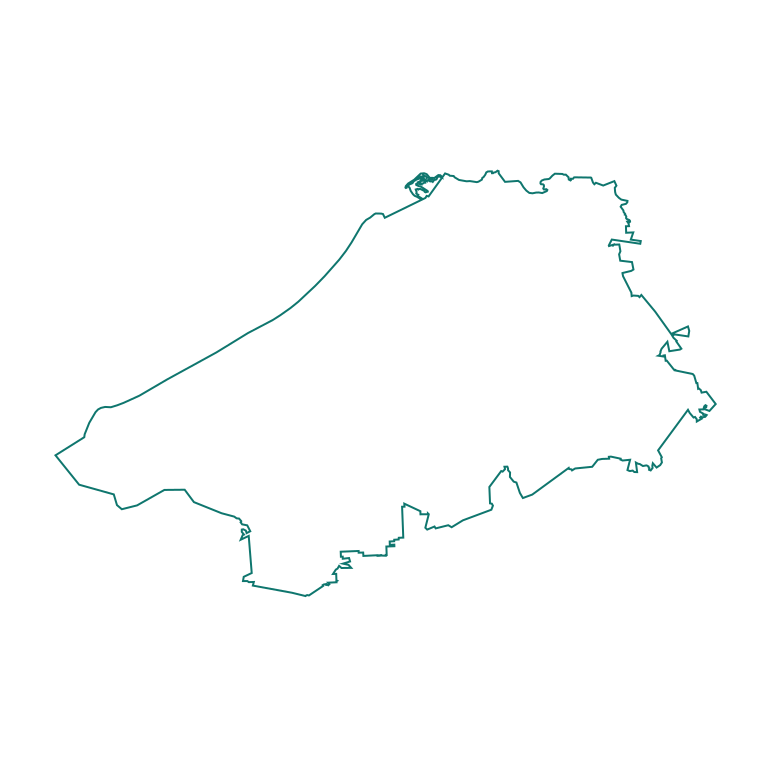 the district of Angostura, Sinaloa, Mexico, rotated 88°
{"feature_id": "50627088B44837755081847", "entity_name": "Angostura", "entity_type": "district", "adm_level": 2, "iso_a3": "MEX", "parent_name": "Mexico", "parent_adm1": "Sinaloa", "projection": "robinson", "projection_center": [-108.177, 25.118], "detail": "fine", "context": "isolated", "style": "outline", "palette": "teal", "viewbox_px": 768, "rotation_deg": 88, "n_neighbors": 0, "source": "geoboundaries", "source_scale": "gbopen_adm2", "svg_char_len": 6114}
<svg xmlns="http://www.w3.org/2000/svg" viewBox="0 0 768 768"><g transform="rotate(88 384 384)"><path d="M530.1,337.4L527.4,324.7L529.5,321.4L523.0,309.9L513.4,281.1L509.4,279.4L507.4,280.4L507.0,282.2L490.6,282.3L475.1,269.9L475.7,268.5L473.3,266.0L470.9,266.5L470.9,263.6L472.7,263.0L474.5,263.0L476.8,261.1L481.3,261.4L486.1,257.8L487.1,255.1L497.6,252.0L502.8,249.2L499.7,239.7L474.3,202.3L475.4,202.0L475.9,199.6L476.9,199.1L475.1,195.9L474.0,178.8L467.2,173.0L466.5,168.6L466.5,161.6L464.6,161.8L464.5,159.7L466.9,150.1L467.8,150.3L468.8,148.2L468.3,140.7L478.5,143.7L479.3,142.1L479.6,141.2L479.2,138.5L480.7,136.9L480.9,134.1L471.3,135.0L472.6,132.8L472.9,131.2L475.0,128.1L474.5,124.7L474.8,123.8L475.7,122.5L476.9,122.4L477.4,121.7L479.0,122.1L479.7,120.5L477.3,118.5L475.1,118.7L472.6,118.1L477.0,114.5L474.7,110.8L472.1,109.0L467.9,109.6L466.9,108.9L459.9,112.4L420.4,81.1L423.6,79.5L428.3,75.8L427.8,74.3L430.1,72.7L432.4,72.7L429.8,67.8L428.6,69.2L427.7,68.4L428.4,67.2L428.0,64.1L426.3,62.6L425.9,63.4L426.8,63.8L425.9,66.1L425.0,65.6L422.8,69.2L420.5,69.7L420.5,65.6L417.7,64.9L417.4,65.4L417.5,64.7L416.4,63.5L417.0,62.5L418.3,62.8L418.0,64.1L420.4,64.3L422.3,59.7L415.6,53.2L403.0,62.1L403.7,66.9L401.2,67.6L399.5,69.4L399.8,70.2L394.0,70.8L394.0,71.8L386.5,73.7L384.8,75.1L380.5,92.8L380.0,92.6L379.7,93.8L370.5,100.6L370.6,101.7L365.1,102.3L365.3,103.7L366.3,103.6L365.3,108.9L364.6,107.5L361.6,106.4L361.1,106.6L358.4,105.3L351.7,99.3L361.2,97.7L359.9,87.0L359.1,85.6L351.7,90.4L351.1,89.9L348.0,93.0L345.7,94.3L344.6,91.7L347.1,78.2L341.6,77.1L337.1,78.2L344.0,95.3L321.1,110.5L304.0,123.7L306.1,125.6L304.8,126.9L304.3,131.6L304.8,133.4L301.3,133.6L284.7,141.3L281.8,141.8L281.4,141.8L279.6,133.0L278.3,130.7L270.8,131.9L269.0,143.6L262.6,144.5L259.6,143.1L252.8,144.0L252.8,149.5L254.4,151.0L252.8,150.1L254.0,154.3L253.4,154.5L247.6,151.3L252.8,123.0L250.1,122.4L248.3,132.3L241.2,129.6L241.3,136.7L234.8,136.7L234.8,133.6L232.1,134.0L230.2,135.2L230.1,134.6L231.0,133.9L231.1,133.3L230.4,132.4L229.5,132.5L228.7,133.1L227.5,135.7L226.6,136.3L225.1,136.0L223.3,136.9L223.1,137.4L222.4,137.1L220.5,138.5L218.9,138.7L215.1,141.3L213.3,140.2L212.4,135.9L210.9,134.5L209.5,134.3L208.0,140.4L206.1,142.8L202.8,145.7L200.3,146.3L196.0,146.5L193.9,144.8L189.3,146.7L193.3,158.0L190.3,165.2L191.7,166.8L190.0,168.1L185.1,169.7L184.9,170.2L184.1,186.2L184.2,186.9L185.5,188.0L185.4,190.1L186.8,190.1L187.1,190.5L186.1,192.2L183.8,192.4L181.1,195.0L181.1,197.0L180.3,198.5L179.8,205.9L181.7,208.5L184.5,211.3L184.9,212.3L185.2,216.6L186.2,219.3L187.6,220.5L189.1,220.6L189.8,220.1L190.0,218.1L190.8,217.3L192.0,217.2L194.3,218.0L195.2,217.3L195.0,214.9L195.8,214.0L196.9,214.6L198.7,219.2L198.0,222.6L198.0,225.3L198.6,228.9L198.1,232.1L195.7,235.0L192.3,237.7L187.3,240.5L185.7,242.9L186.2,256.0L177.5,262.0L175.3,262.0L174.8,263.1L176.2,265.1L176.6,267.2L177.1,267.6L177.1,268.7L175.3,268.8L175.2,272.7L176.1,274.4L178.4,275.5L180.7,277.3L181.4,278.5L183.2,279.1L185.1,282.5L185.5,284.2L184.2,291.1L184.3,294.4L182.7,301.9L179.9,306.2L178.6,307.1L178.1,311.1L177.1,312.0L175.7,315.6L198.1,332.9L197.5,334.8L199.5,336.1L217.9,377.4L214.1,379.1L213.6,380.9L213.3,386.3L213.9,387.7L217.2,392.0L219.4,396.1L223.6,400.2L241.4,411.5L249.7,417.4L258.3,424.5L274.1,439.5L283.6,449.4L298.8,466.8L304.8,474.8L311.8,485.5L316.2,493.0L328.3,518.1L346.6,550.4L371.9,600.6L387.1,628.8L393.8,645.0L396.0,651.5L397.7,657.8L397.2,663.5L398.0,667.7L399.5,670.7L402.1,673.3L412.5,679.9L423.8,684.9L426.7,685.4L443.8,714.8L474.0,692.2L484.9,657.9L495.7,655.1L500.0,650.4L496.7,635.0L482.2,607.2L482.7,586.9L495.4,578.1L507.5,550.8L511.3,538.3L513.1,536.0L513.4,533.6L516.0,531.5L516.7,531.5L517.2,532.1L519.3,530.7L520.5,525.6L526.5,522.8L528.2,526.5L525.7,527.2L524.3,529.7L524.5,531.2L526.8,531.3L529.6,529.2L530.1,530.5L534.6,532.6L531.1,524.5L568.3,522.8L571.8,530.9L576.0,531.8L576.2,527.4L577.3,526.0L577.3,521.0L580.9,522.1L589.4,483.3L593.2,469.8L592.5,469.0L592.3,468.0L592.7,466.4L583.7,451.9L582.9,452.3L582.3,451.3L581.9,448.7L582.8,448.7L582.8,446.9L583.1,446.7L582.2,445.6L580.6,446.8L580.5,438.4L579.5,438.5L579.0,437.6L578.5,438.4L572.1,438.4L572.1,441.6L567.8,438.6L566.9,436.9L564.2,435.2L566.4,432.9L566.6,423.2L563.5,425.8L562.1,431.3L560.2,424.1L556.7,425.0L557.2,431.3L555.1,431.3L555.1,433.1L550.1,433.1L550.0,415.2L551.7,415.2L551.7,410.7L555.1,410.6L554.9,396.5L555.5,396.5L555.5,395.0L555.2,394.9L555.4,393.6L554.9,393.5L554.9,392.5L555.4,392.0L555.7,388.2L554.9,388.2L555.0,387.3L546.5,387.3L546.5,379.3L544.9,379.3L545.0,383.8L541.6,383.8L541.5,379.3L540.0,379.2L539.9,374.8L538.2,374.6L538.2,370.1L507.3,370.2L507.3,367.8L504.3,367.9L512.4,352.1L515.5,352.1L515.7,344.6L514.9,344.6L515.7,343.8L529.1,347.7L531.0,345.9L528.2,338.5L530.1,337.4ZM190.7,345.5L190.2,343.6L190.9,343.0L190.4,342.2L190.4,340.8L192.5,336.9L193.4,336.6L193.9,335.7L193.3,333.5L192.6,333.7L188.4,339.7L187.7,341.1L187.6,342.0L186.5,344.2L186.0,344.3L185.9,344.9L185.3,344.8L185.5,343.3L183.7,343.4L182.9,341.2L181.3,339.5L181.2,338.4L181.8,337.5L182.2,337.6L182.3,339.9L184.7,341.3L185.4,341.2L185.9,339.3L185.1,339.1L184.8,337.5L183.9,336.6L184.1,335.9L181.6,336.2L182.6,335.6L182.9,334.5L181.3,335.1L179.8,338.0L180.0,341.7L180.9,344.5L182.4,347.2L184.1,348.4L184.6,349.2L185.8,352.6L187.8,352.5L188.7,351.6L191.9,350.6L195.4,348.4L197.0,346.8L198.1,344.4L201.1,339.9L200.4,339.0L197.2,343.7L196.9,343.9L196.1,343.2L194.8,345.1L193.3,344.7L190.7,345.5ZM176.7,337.5L178.0,334.8L179.6,334.0L179.3,333.1L179.7,331.0L176.0,333.8L175.4,334.9L174.8,336.6L175.0,340.0L180.9,346.7L184.5,352.9L187.0,355.3L188.5,355.7L188.9,355.3L188.6,354.5L186.8,354.1L185.0,352.3L180.6,344.7L180.0,342.0L179.5,341.9L179.2,342.4L178.5,340.6L177.9,340.4L178.1,338.4L179.3,337.5L179.3,337.1L178.6,337.0L176.7,337.5ZM183.2,328.7L183.7,328.2L181.8,326.7L181.6,325.0L181.1,324.3L179.3,323.4L178.6,322.4L178.7,320.9L179.7,319.0L177.9,319.8L177.3,320.5L177.1,322.4L179.8,326.4L179.6,330.9L179.9,330.9L181.1,329.1L181.1,331.3L182.2,334.2L182.5,333.8L182.1,332.4L183.1,330.9L183.2,328.7Z" fill="none" stroke="#0f766e" stroke-width="2"/></g></svg>